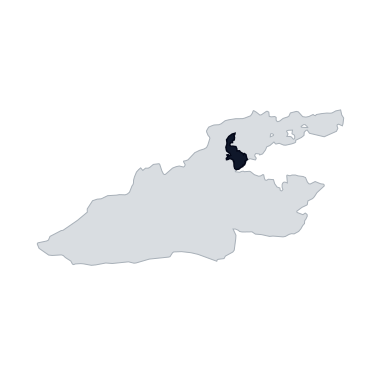 location of Kara-Suu, Osh, Kyrgyzstan, rotated 172°
{"feature_id": "92254566B53802085045884", "entity_name": "Kara-Suu", "entity_type": "district", "adm_level": 2, "iso_a3": "KGZ", "parent_name": "Kyrgyzstan", "parent_adm1": "Osh", "projection": "robinson", "projection_center": [72.946, 40.266], "detail": "fine", "context": "in_parent", "style": "filled", "palette": "ink", "viewbox_px": 384, "rotation_deg": 172, "n_neighbors": 0, "source": "geoboundaries", "source_scale": "gbopen_adm2", "svg_char_len": 5043}
<svg xmlns="http://www.w3.org/2000/svg" viewBox="0 0 384 384"><g transform="rotate(172 192 192)"><path d="M82.4,227.0L83.4,226.4L86.4,225.8L92.6,225.3L94.7,225.7L98.9,228.1L102.1,227.8L102.7,228.1L103.9,230.1L108.4,227.2L111.7,226.3L113.4,223.4L116.8,219.9L119.8,219.3L119.9,219.9L120.4,220.4L123.5,221.2L124.4,220.3L124.9,219.0L123.8,217.0L123.8,216.1L124.8,214.9L129.6,216.8L130.7,216.8L132.9,215.7L134.9,213.8L135.7,212.3L145.6,207.5L146.3,206.6L146.1,206.0L142.0,204.9L140.1,205.5L138.4,205.5L137.3,204.8L132.3,204.5L131.2,204.0L127.9,200.5L123.7,198.3L121.7,198.4L119.3,199.4L118.6,198.9L118.4,195.6L117.9,193.7L116.5,193.2L114.6,194.0L109.6,192.9L109.0,188.8L107.1,185.1L104.4,183.7L104.4,181.5L103.4,180.6L102.6,180.8L101.6,181.9L102.1,184.3L101.7,186.8L101.1,188.0L99.9,188.9L98.6,188.9L96.3,187.7L95.9,195.0L95.4,195.5L92.7,194.4L90.5,194.9L87.2,194.4L84.7,193.2L79.9,191.9L77.6,190.5L76.3,185.6L75.0,183.8L73.7,183.5L68.6,185.2L63.4,182.2L60.8,181.5L60.1,180.6L60.3,179.5L68.3,174.0L71.5,170.3L73.5,168.7L78.5,167.0L79.6,163.5L80.1,163.1L85.2,161.5L90.9,158.4L91.0,157.6L90.4,156.9L85.3,154.1L82.8,155.4L81.2,153.8L81.2,152.1L83.0,149.3L84.4,147.9L85.0,145.1L87.1,143.3L89.3,140.4L91.9,138.1L96.7,136.3L99.3,136.9L101.8,136.5L105.7,135.0L108.1,134.9L118.0,137.1L121.3,137.2L129.0,140.1L135.1,141.5L138.1,144.2L147.8,145.4L150.4,146.3L151.4,147.6L154.2,149.3L156.5,149.6L154.5,143.1L155.3,139.2L158.3,128.5L159.9,126.9L167.8,123.9L169.6,121.6L175.3,121.7L176.5,121.3L177.1,120.0L194.7,129.4L201.4,132.0L210.6,134.4L218.4,135.2L219.7,134.6L222.8,131.0L224.3,130.8L243.6,131.5L257.4,129.5L259.4,129.6L264.6,131.7L280.9,132.3L287.3,133.7L297.5,133.2L301.8,133.4L309.6,136.0L312.3,136.6L317.4,137.0L319.3,136.6L320.4,137.2L321.6,140.5L326.5,144.7L328.3,147.0L330.1,147.9L339.2,148.6L342.7,149.5L351.3,157.5L352.5,162.1L351.7,163.1L342.8,163.7L340.8,164.4L338.8,167.8L326.9,172.0L325.1,172.0L309.3,179.9L298.5,186.6L298.1,189.8L291.7,197.2L286.9,198.1L282.8,197.9L276.0,200.1L267.3,199.4L264.3,199.5L258.6,198.5L256.3,199.0L253.9,200.5L250.6,206.3L249.3,207.7L248.7,209.1L248.2,211.9L246.9,214.9L244.2,219.5L241.7,221.6L239.5,223.0L237.7,220.2L234.7,222.1L232.0,221.7L230.3,222.3L226.4,224.7L220.7,224.6L220.1,223.8L218.9,217.1L217.8,213.9L217.0,213.2L216.0,213.1L207.9,218.4L204.1,219.3L201.0,219.5L196.9,217.9L196.0,218.3L195.3,219.2L195.0,220.2L196.2,223.2L195.9,223.8L194.1,223.8L191.5,224.4L183.7,230.6L178.7,232.2L174.1,232.9L171.4,234.0L169.8,236.3L166.8,242.7L167.0,244.0L168.2,245.8L169.2,249.6L169.0,250.7L166.5,253.9L163.3,254.8L160.9,255.3L156.1,254.9L153.7,255.5L149.2,258.0L145.5,258.4L138.5,258.5L131.7,257.6L129.4,257.9L123.4,259.3L121.3,261.6L120.2,263.7L119.6,264.0L117.2,262.1L114.1,258.8L112.6,258.8L107.1,261.5L106.3,261.5L104.8,260.4L105.0,256.2L103.2,255.4L99.5,255.2L98.3,254.2L98.7,251.5L98.3,250.5L97.3,249.7L95.4,250.0L91.5,252.2L86.9,253.0L85.4,253.7L83.6,256.6L77.5,257.3L75.6,256.6L71.9,251.2L68.8,250.3L65.6,250.5L61.3,251.9L60.2,250.8L59.1,250.4L58.1,251.4L52.8,251.6L47.4,251.4L44.3,250.8L42.3,250.8L38.3,252.3L33.4,252.6L33.0,247.5L31.5,244.1L33.0,238.5L33.9,236.6L37.5,238.8L38.8,238.4L39.2,237.3L38.7,234.8L40.5,232.0L53.4,228.3L67.5,233.8L69.3,237.3L70.6,237.1L72.6,235.5L73.2,232.5L76.0,230.8L82.1,228.8L82.4,227.0ZM89.6,239.4L89.9,238.9L88.8,236.2L90.3,233.8L87.4,233.4L86.0,232.7L84.3,230.2L83.8,230.1L82.9,230.8L82.5,232.4L82.8,234.1L84.9,235.8L83.9,239.3L88.1,239.7L89.6,239.4ZM74.8,241.8L74.7,241.0L73.7,240.7L68.4,239.7L68.6,240.4L70.6,243.0L72.1,243.2L74.8,241.8ZM106.5,237.3L106.8,235.7L103.6,236.6L103.2,237.4L104.3,238.5L105.7,238.8L106.5,237.3Z" fill="#d9dde1" stroke="#a8b0b8" stroke-width="1"/><path d="M147.9,241.8L148.9,240.6L150.5,238.9L150.5,236.1L150.8,234.4L152.2,231.7L152.1,228.9L151.9,227.7L150.3,226.0L149.1,225.0L148.9,224.3L148.8,223.3L148.6,222.9L149.6,222.6L150.3,222.6L150.9,223.9L152.3,223.8L152.0,222.7L151.4,222.0L152.2,221.2L153.0,220.9L153.3,220.6L153.3,219.2L152.0,219.2L149.9,219.9L148.1,219.0L147.0,218.0L146.6,217.3L146.7,216.3L146.3,216.1L146.7,211.8L146.4,209.3L144.9,207.9L144.2,208.1L143.9,208.1L143.8,208.3L143.6,208.2L143.4,208.1L143.2,208.2L142.9,208.1L142.6,208.2L142.5,208.3L142.4,208.3L142.0,208.3L141.3,208.8L140.7,209.4L140.3,209.4L140.1,209.6L139.8,209.7L139.5,209.8L139.2,209.9L139.0,210.0L138.9,210.0L138.6,210.2L138.4,210.1L138.2,210.1L138.0,210.3L138.1,210.5L138.3,210.5L137.8,211.5L137.5,211.5L137.3,211.4L137.0,211.4L136.9,211.4L136.7,211.4L136.4,211.5L136.1,211.7L136.2,212.2L136.1,212.3L135.9,212.4L135.9,212.5L135.7,212.7L135.7,212.8L135.4,213.1L135.2,213.3L135.2,213.5L135.0,213.8L135.0,214.0L134.9,214.2L134.9,214.3L135.0,214.3L135.0,214.5L135.1,214.8L135.3,214.9L135.3,215.0L132.6,216.6L133.1,218.1L133.4,221.6L134.9,222.8L135.8,221.9L135.8,222.0L136.3,223.1L138.5,224.8L139.2,226.2L141.8,226.5L141.6,228.6L142.2,230.8L145.2,231.7L147.2,231.9L148.2,233.2L147.1,235.5L145.0,235.3L144.7,237.3L142.9,237.7L142.3,240.1L142.5,242.4L141.7,242.8L141.2,244.2L144.2,243.8L147.9,241.8Z" fill="#0f172a" stroke="#020617" stroke-width="1.5"/></g></svg>